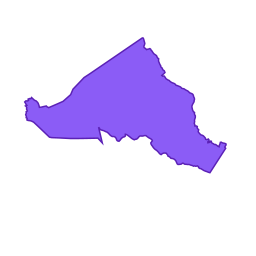 Ibipeba, Bahia, Brazil, rotated 139°
{"feature_id": "56859067B8671900633841", "entity_name": "Ibipeba", "entity_type": "district", "adm_level": 2, "iso_a3": "BRA", "parent_name": "Brazil", "parent_adm1": "Bahia", "projection": "orthographic", "projection_center": [-42.197, -11.534], "detail": "fine", "context": "isolated", "style": "filled", "palette": "violet", "viewbox_px": 256, "rotation_deg": 139, "n_neighbors": 0, "source": "geoboundaries", "source_scale": "gbopen_adm2", "svg_char_len": 3630}
<svg xmlns="http://www.w3.org/2000/svg" viewBox="0 0 256 256"><g transform="rotate(139 128 128)"><path d="M180.8,214.3L182.1,213.9L183.1,214.9L184.5,215.3L184.8,214.2L185.9,214.2L187.3,215.5L188.9,215.4L189.1,214.0L189.5,212.6L189.4,211.5L190.9,211.9L190.7,211.0L191.1,209.8L192.2,208.8L192.4,207.9L192.8,206.9L194.2,207.1L194.9,206.0L196.5,205.2L197.1,203.4L198.1,202.6L197.7,201.5L199.0,200.4L198.5,199.3L197.8,198.5L197.0,197.6L196.3,196.5L195.8,195.3L195.4,194.3L194.9,189.7L193.3,172.6L191.9,170.8L187.1,166.3L178.5,158.0L177.8,157.4L172.3,152.6L167.2,148.3L157.4,140.1L157.2,133.6L149.7,147.9L149.7,146.5L150.1,145.2L149.4,143.9L148.6,142.7L147.9,141.6L147.3,140.0L146.5,138.6L146.2,136.7L146.2,135.1L146.1,133.8L145.8,132.8L145.5,131.9L144.2,130.8L143.7,129.6L143.7,128.5L143.9,127.4L144.4,126.5L144.4,125.2L143.5,123.9L141.9,124.0L141.0,124.2L139.9,124.5L138.6,124.4L137.6,124.3L136.7,123.8L135.6,123.6L134.9,124.2L134.1,125.0L133.6,124.3L133.1,123.0L132.7,121.3L132.4,119.8L132.2,118.5L132.0,117.5L131.5,116.1L131.0,115.0L129.8,114.6L128.7,113.9L127.0,113.9L125.6,114.2L124.2,114.1L123.1,113.1L122.1,112.2L120.6,111.5L119.4,110.4L119.2,109.0L118.8,107.2L118.3,105.9L117.9,104.7L117.7,103.5L118.0,102.4L119.4,102.1L120.6,101.8L121.2,100.6L121.4,99.6L121.5,98.2L121.7,96.8L121.7,95.1L121.5,93.7L121.1,92.4L121.0,91.4L120.9,89.7L121.0,88.0L120.8,87.1L120.5,86.2L118.7,86.1L117.6,85.7L116.6,84.9L115.7,83.9L115.8,82.5L115.9,81.3L116.3,80.4L115.7,79.4L115.5,78.4L115.5,77.0L114.6,75.9L113.9,75.0L113.6,74.0L113.4,73.0L113.5,71.6L114.0,70.0L114.4,68.7L114.2,67.7L112.8,66.6L111.5,65.8L110.0,65.7L109.3,64.9L109.1,63.7L108.2,62.7L107.5,62.0L106.8,61.2L105.8,60.4L105.0,58.8L104.1,57.5L103.6,56.2L102.7,55.8L101.9,54.6L100.5,53.9L100.2,52.6L100.7,51.8L100.3,50.2L99.6,49.4L99.3,48.3L98.9,47.0L98.5,45.8L97.7,44.3L97.1,43.3L96.4,41.9L95.5,40.5L67.6,48.6L67.5,50.1L66.2,50.6L65.1,50.9L64.5,51.7L65.0,52.9L65.9,54.0L66.6,55.0L66.9,56.1L67.7,56.6L68.8,55.8L69.8,55.3L70.8,54.9L71.5,54.1L72.1,55.1L72.3,56.4L72.7,58.1L73.6,58.9L74.0,60.4L74.4,61.3L74.5,62.4L73.8,63.3L74.4,64.0L75.6,63.6L76.4,63.9L77.4,64.5L76.8,65.2L75.5,65.0L74.7,65.9L74.6,67.0L76.0,67.4L76.8,68.5L76.2,69.9L76.2,71.5L76.3,72.8L76.7,73.8L77.4,74.8L77.6,76.3L77.6,77.9L77.5,79.1L76.7,79.7L75.8,80.3L75.9,82.0L75.5,83.1L74.7,83.7L75.2,84.8L76.2,85.7L75.4,86.7L75.0,88.0L73.6,89.0L72.8,90.2L71.8,90.9L70.4,91.7L69.2,93.0L69.0,94.2L68.3,95.5L67.6,96.1L67.9,97.4L67.5,99.1L66.7,100.6L66.1,101.7L65.4,102.6L64.5,103.1L63.2,103.7L61.9,104.1L60.9,104.5L60.1,105.3L58.9,106.1L58.3,107.1L58.1,108.1L57.5,109.3L57.0,110.6L57.1,111.6L57.8,113.1L58.4,114.2L58.4,115.2L58.6,116.8L59.1,117.9L59.6,119.2L60.0,120.8L60.6,121.6L61.4,122.7L61.4,124.3L61.8,125.4L62.3,126.3L62.9,127.6L63.7,128.6L63.6,130.1L64.1,131.7L64.9,133.0L65.4,134.4L65.7,135.5L65.7,136.7L66.3,138.0L66.7,139.2L67.0,140.3L66.7,141.8L66.6,143.5L67.9,144.5L68.0,145.5L66.4,145.5L65.1,145.5L63.7,145.6L63.1,147.3L63.5,149.2L62.9,150.8L63.1,152.0L63.0,152.9L62.4,153.7L62.3,154.9L61.7,156.6L61.1,158.4L60.1,159.5L59.4,160.2L59.7,161.3L59.5,162.4L59.0,163.9L59.3,165.2L59.6,166.3L59.8,167.3L59.7,168.2L59.6,169.3L59.4,170.3L59.5,171.6L59.2,172.5L59.4,173.6L60.3,173.9L61.2,174.4L62.6,175.0L62.6,176.4L63.1,178.1L62.4,179.3L61.1,179.9L59.9,180.7L59.3,181.8L58.7,183.1L58.1,184.3L57.5,185.8L58.1,186.6L121.5,194.0L128.1,194.9L132.1,194.5L144.0,193.4L149.4,190.8L159.5,190.7L164.4,192.2L174.5,195.4L175.2,197.2L175.2,198.2L177.9,199.7L179.5,200.5L181.3,201.7L180.5,203.2L179.6,205.5L179.4,206.6L179.5,207.8L179.6,208.9L180.1,209.7L180.4,210.6L180.8,214.3Z" fill="#8b5cf6" stroke="#5b21b6" stroke-width="1.5"/></g></svg>